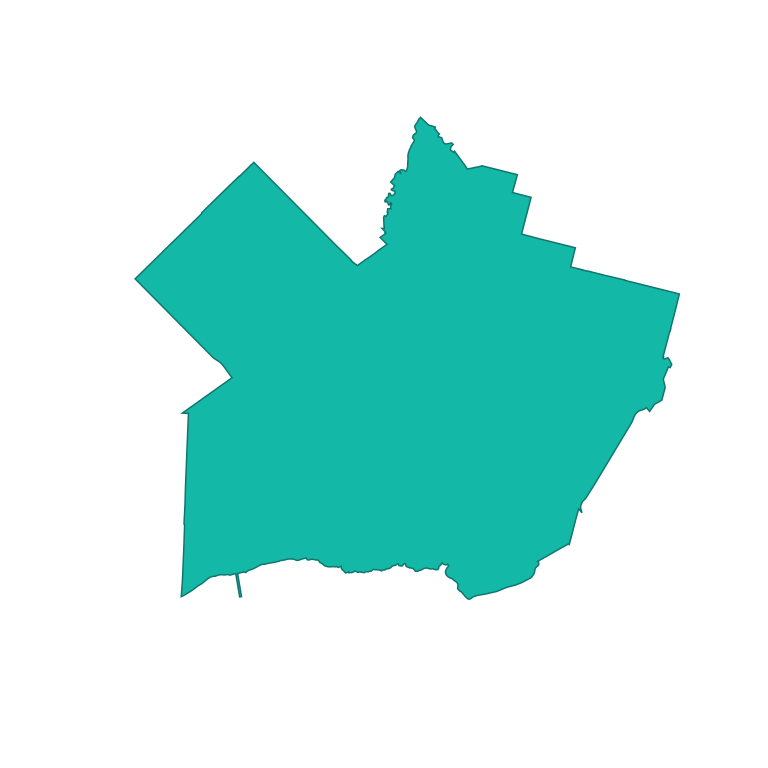 the district of Salisbury, South Australia, Australia, rotated 288°
{"feature_id": "25037944B95616539853674", "entity_name": "Salisbury", "entity_type": "district", "adm_level": 2, "iso_a3": "AUS", "parent_name": "Australia", "parent_adm1": "South Australia", "projection": "orthographic", "projection_center": [138.626, -34.768], "detail": "fine", "context": "isolated", "style": "filled", "palette": "teal", "viewbox_px": 768, "rotation_deg": 288, "n_neighbors": 0, "source": "geoboundaries", "source_scale": "gbopen_adm2", "svg_char_len": 6123}
<svg xmlns="http://www.w3.org/2000/svg" viewBox="0 0 768 768"><g transform="rotate(288 384 384)"><path d="M119.1,256.9L121.0,258.9L122.9,260.6L127.9,264.8L130.5,266.7L134.9,269.8L137.7,272.3L141.0,274.5L144.1,276.4L146.6,278.5L148.1,280.5L149.1,283.1L150.0,284.1L151.1,285.5L151.8,287.0L152.7,289.0L152.9,290.9L153.7,292.5L154.5,294.4L154.6,295.4L154.6,296.6L157.2,300.4L157.8,301.6L136.9,312.5L137.7,314.2L158.7,303.3L159.5,304.8L160.9,307.0L161.5,307.9L162.1,309.8L162.0,310.9L163.6,311.7L165.2,313.1L166.6,315.2L168.1,317.0L170.4,319.3L172.2,320.9L174.0,322.8L175.1,324.3L175.7,326.4L176.9,328.1L177.9,329.8L180.4,334.6L182.6,338.3L184.4,340.7L185.6,343.2L188.2,347.6L189.6,352.5L189.2,355.2L189.8,356.9L190.9,358.5L191.7,359.3L193.9,362.8L194.3,364.0L193.1,365.3L193.3,366.8L194.2,368.1L195.0,368.9L195.6,373.5L196.1,375.9L195.3,377.1L194.4,378.2L194.1,380.4L193.5,382.1L192.8,383.3L192.8,386.5L193.1,388.2L194.6,392.2L195.1,394.4L195.7,395.3L195.4,397.1L197.4,399.7L195.5,400.4L194.2,402.1L194.2,402.7L193.9,403.1L193.8,403.6L192.8,405.0L192.4,405.9L194.3,408.4L193.6,408.8L195.0,412.2L196.4,413.7L197.2,414.2L197.0,415.7L196.8,417.3L197.7,418.8L197.9,420.2L198.3,420.8L198.1,421.6L198.6,423.8L200.1,425.0L200.4,427.0L201.9,428.8L202.0,429.6L204.3,431.0L204.8,433.7L205.1,434.3L205.2,435.3L205.7,436.6L205.5,439.5L206.4,439.8L207.8,442.9L209.1,443.2L209.4,444.7L209.7,445.0L209.9,445.7L211.6,447.4L212.6,447.5L214.3,449.3L215.2,451.0L216.4,451.8L217.4,452.9L215.9,454.5L216.3,457.0L216.7,457.3L216.7,457.6L217.9,458.1L219.6,459.1L219.3,460.2L218.4,460.7L217.3,461.6L217.2,463.6L217.0,465.0L217.3,465.3L217.3,466.6L217.6,468.6L215.6,471.7L216.2,473.9L216.7,474.2L217.4,475.0L218.1,476.2L219.0,477.3L221.1,479.1L221.3,479.3L221.8,480.7L222.2,481.4L222.2,481.7L222.3,482.4L222.3,484.5L222.5,485.6L223.2,487.0L223.3,488.4L223.3,490.4L224.1,492.5L226.1,492.9L227.5,492.6L228.1,492.7L228.4,493.4L229.6,493.9L230.7,494.3L231.5,494.2L232.0,494.6L231.3,495.4L230.9,496.6L231.0,498.5L231.7,499.9L232.4,500.3L230.8,501.7L228.5,500.7L226.9,500.5L226.6,500.4L224.9,500.4L223.7,500.7L221.8,502.1L220.6,504.0L220.4,505.2L220.1,506.0L220.0,507.2L219.8,507.9L220.1,508.8L219.1,510.5L218.5,512.6L218.2,513.4L218.0,514.2L217.5,514.9L217.0,515.9L215.4,516.5L214.2,516.8L212.7,517.0L211.7,517.7L210.9,519.4L210.5,519.8L210.3,520.4L210.3,521.1L210.2,521.6L209.7,522.7L209.2,523.5L207.0,526.9L206.5,527.8L205.8,529.7L205.5,530.1L205.7,531.6L206.5,532.7L209.0,534.5L211.6,537.8L215.6,545.4L221.5,555.3L228.5,563.5L233.1,570.7L237.5,576.2L245.4,583.9L248.4,584.9L250.9,585.4L254.1,584.9L255.6,585.0L257.0,585.5L258.6,586.5L259.9,587.0L262.3,586.1L262.6,584.8L277.7,598.5L289.0,608.9L288.6,609.8L318.4,608.0L319.4,608.0L325.4,607.7L322.7,612.1L326.5,609.5L327.3,609.2L328.2,608.9L329.9,608.7L332.0,609.0L333.4,609.0L335.6,610.2L337.7,611.2L352.1,614.9L423.5,631.4L424.6,631.6L429.9,632.0L430.0,631.8L431.0,632.0L432.3,632.3L434.7,633.2L436.7,634.5L437.7,635.5L438.5,636.5L439.9,638.6L440.9,639.6L442.5,641.0L440.0,645.1L448.3,647.6L454.5,653.2L467.6,652.5L475.0,648.1L479.1,648.5L485.8,649.1L488.0,649.0L488.0,651.1L491.6,651.6L495.6,647.6L496.7,645.8L494.5,643.2L494.5,641.7L496.3,641.6L496.2,641.0L522.3,639.5L522.4,639.8L525.3,639.7L525.6,639.4L542.9,638.4L560.9,637.1L557.0,581.0L557.3,581.0L556.0,565.1L555.6,561.0L554.5,544.1L554.4,543.4L554.3,542.1L554.0,542.0L554.1,541.6L553.8,537.7L554.0,537.7L553.0,525.3L572.7,523.9L570.1,486.8L569.1,468.5L607.0,466.2L605.8,447.0L624.3,446.2L621.8,409.6L621.3,409.6L621.3,409.3L614.2,396.9L616.5,394.0L627.2,379.2L626.7,379.0L625.8,378.8L627.2,374.6L630.6,374.5L633.2,375.8L634.1,374.1L634.1,373.6L631.8,369.7L631.5,368.9L631.3,368.0L631.5,366.8L631.8,366.3L632.7,365.3L636.0,362.8L636.1,360.3L636.0,359.5L635.9,359.2L637.0,358.8L637.8,358.9L638.9,359.5L639.0,359.2L639.6,357.9L640.2,356.8L641.7,354.9L642.3,353.4L644.2,353.3L644.1,346.3L648.9,336.4L648.1,336.1L646.9,335.4L646.1,335.2L643.0,334.7L640.5,333.9L638.6,333.5L638.0,333.8L636.3,335.0L635.8,335.6L634.7,336.6L634.3,336.9L632.9,337.0L632.4,336.7L631.8,336.4L631.3,335.8L630.9,335.8L630.1,335.1L629.0,334.9L627.6,334.9L627.2,335.1L626.6,335.7L625.6,337.2L624.8,337.6L624.3,337.6L623.0,337.3L621.1,336.8L619.2,336.3L615.6,336.1L614.7,335.8L613.0,335.9L611.3,335.8L608.9,336.1L607.3,336.6L604.9,337.5L603.5,337.8L601.9,338.2L600.9,338.4L599.3,339.0L597.6,339.4L594.7,339.5L593.4,339.3L593.1,339.2L593.0,338.9L592.9,338.2L593.6,336.8L593.5,336.2L593.2,334.5L593.0,334.1L592.5,333.5L592.0,333.1L590.9,333.1L590.7,333.4L590.5,334.2L590.0,334.7L589.5,334.7L590.2,333.0L590.6,331.7L586.8,329.8L584.2,330.3L583.6,330.3L578.2,327.9L575.8,332.8L573.0,332.1L572.4,331.7L571.8,330.9L571.4,330.8L571.2,330.8L570.9,331.1L570.7,332.1L570.6,332.7L570.7,333.8L570.6,334.4L570.4,334.8L570.0,335.2L568.8,335.6L568.5,335.5L566.0,334.1L565.6,333.6L565.5,333.2L565.6,332.7L565.9,332.0L567.2,331.0L567.0,330.1L566.6,329.7L566.4,329.6L565.6,329.7L564.0,330.2L563.2,330.1L562.6,329.8L562.1,328.9L561.5,329.0L560.9,328.9L559.6,328.4L559.2,328.0L558.9,328.0L558.5,328.4L557.7,328.6L557.5,329.0L557.6,329.3L558.2,329.5L558.6,329.9L558.5,330.7L558.3,330.9L557.9,331.0L557.5,331.3L557.4,331.6L557.4,332.1L557.3,332.3L556.0,332.7L555.8,332.8L555.7,333.1L555.7,333.3L555.9,333.6L556.3,334.0L556.8,334.2L558.0,334.3L558.5,334.5L558.4,334.8L557.9,335.2L557.6,335.6L557.2,335.6L556.5,335.4L556.1,335.4L555.0,335.5L554.0,335.7L552.9,336.4L551.9,333.4L548.3,334.0L548.4,334.9L546.6,334.8L543.9,334.1L544.2,332.4L542.5,332.1L533.9,335.3L534.0,335.6L532.0,336.3L531.4,334.0L528.9,338.5L528.3,338.1L527.7,339.1L522.2,335.0L517.7,343.7L509.0,337.1L507.7,336.4L506.2,335.3L502.9,333.0L496.6,328.1L496.1,327.6L495.1,327.0L494.7,326.7L488.5,322.1L489.4,319.1L490.6,315.9L491.7,314.4L498.3,301.2L500.0,297.6L554.6,191.7L536.7,182.3L536.8,182.0L506.1,165.8L490.7,157.8L489.3,157.8L457.2,141.0L453.6,139.1L441.7,132.8L439.9,132.0L407.1,114.8L356.3,213.2L355.5,215.6L354.6,219.2L353.7,222.1L351.5,225.8L343.0,237.5L294.0,201.2L295.6,207.1L224.7,227.0L208.8,231.7L188.9,237.1L188.4,237.9L170.7,243.0L136.4,252.6L119.1,256.9Z" fill="#14b8a6" stroke="#0f766e" stroke-width="1.5"/></g></svg>